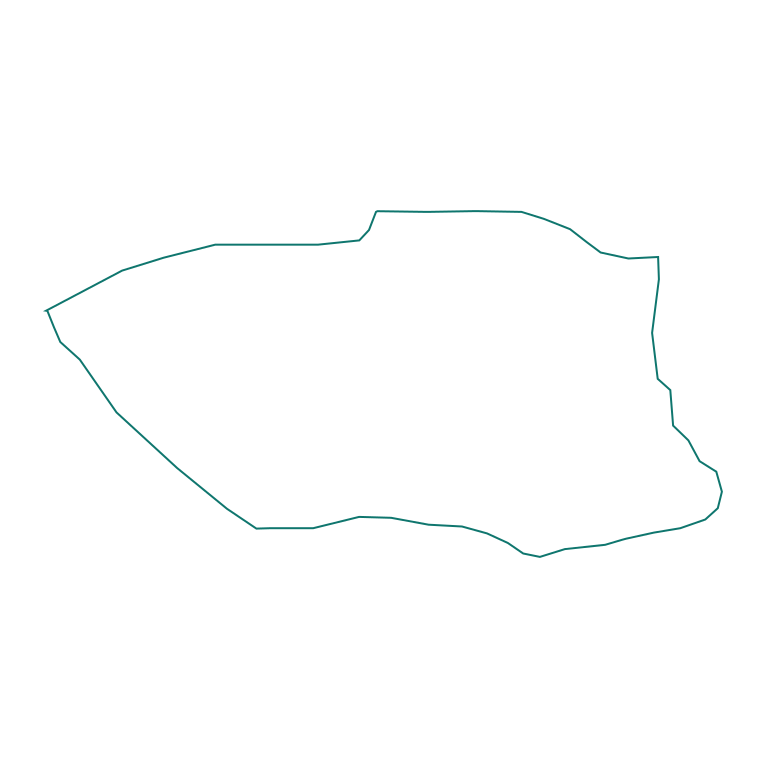 the district of Ockelbo, Gävleborg, Sweden
{"feature_id": "70781695B90060355953602", "entity_name": "Ockelbo", "entity_type": "district", "adm_level": 2, "iso_a3": "SWE", "parent_name": "Sweden", "parent_adm1": "Gävleborg", "projection": "robinson", "projection_center": [16.627, 60.941], "detail": "fine", "context": "isolated", "style": "outline", "palette": "teal", "viewbox_px": 768, "rotation_deg": 0, "n_neighbors": 0, "source": "geoboundaries", "source_scale": "gbopen_adm2", "svg_char_len": 781}
<svg xmlns="http://www.w3.org/2000/svg" viewBox="0 0 768 768"><path d="M46.1,310.7L47.4,310.9L53.9,327.1L60.3,342.0L79.8,359.6L116.5,412.4L177.2,468.1L227.0,508.8L256.4,528.6L270.1,528.2L313.2,528.2L359.1,516.9L391.1,517.8L428.6,524.7L462.0,526.5L487.0,533.4L507.9,543.0L523.2,553.5L539.9,556.9L564.9,549.1L605.2,544.8L621.7,539.9L626.1,538.7L653.9,532.6L680.3,528.2L705.3,519.5L717.8,508.2L721.9,491.7L716.3,471.7L699.6,461.2L688.4,440.4L673.1,425.6L670.3,390.1L657.7,378.8L652.1,332.9L658.9,279.3L658.1,257.0L628.4,258.5L600.6,252.5L586.7,242.1L570.1,229.2L543.7,218.8L521.5,211.9L475.8,211.1L427.3,211.9L377.4,211.2L376.0,211.9L369.0,230.0L359.3,240.4L317.7,244.7L262.2,244.7L215.1,244.7L163.7,257.7L122.1,270.6L46.1,310.7Z" fill="none" stroke="#0f766e" stroke-width="2"/></svg>